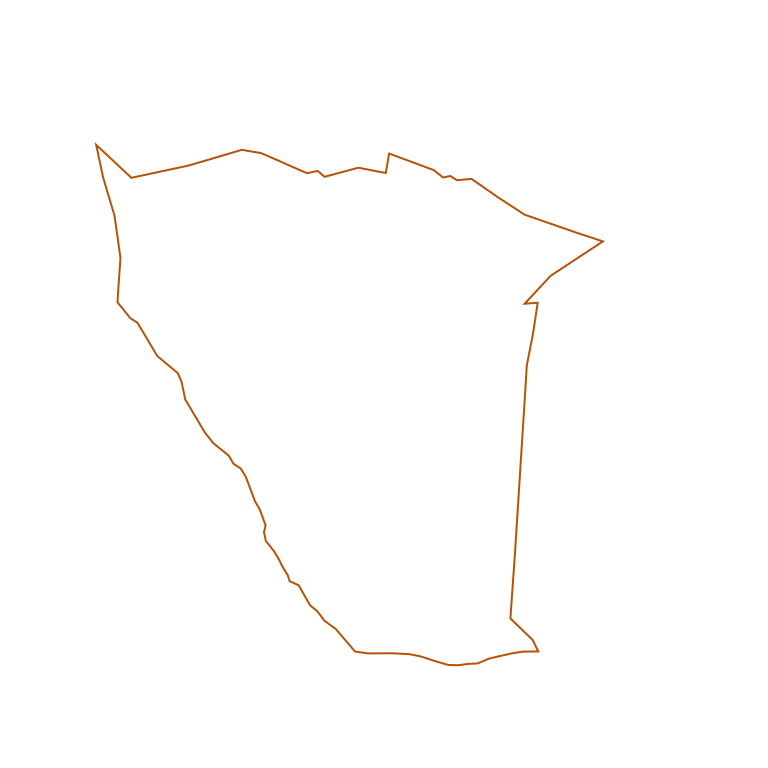 the district of Guaymallén, Mendoza, Argentina, rotated 258°
{"feature_id": "61730980B57963533011884", "entity_name": "Guaymallén", "entity_type": "district", "adm_level": 2, "iso_a3": "ARG", "parent_name": "Argentina", "parent_adm1": "Mendoza", "projection": "albers", "projection_center": [-68.746, -32.899], "detail": "fine", "context": "isolated", "style": "outline", "palette": "amber", "viewbox_px": 768, "rotation_deg": 258, "n_neighbors": 0, "source": "geoboundaries", "source_scale": "gbopen_adm2", "svg_char_len": 1141}
<svg xmlns="http://www.w3.org/2000/svg" viewBox="0 0 768 768"><g transform="rotate(258 384 384)"><path d="M528.1,142.7L519.4,140.3L501.2,149.5L495.1,155.6L476.9,161.8L458.6,168.0L443.9,179.5L437.4,184.6L428.3,186.4L410.0,186.4L391.8,192.6L373.5,198.8L361.4,204.9L346.2,217.2L337.1,220.3L331.0,226.4L321.9,229.5L296.2,233.4L287.1,236.4L270.2,238.8L264.1,235.8L255.0,235.8L242.8,241.9L234.8,244.6L227.2,246.5L216.7,250.1L210.8,250.7L204.8,258.7L182.8,265.7L175.8,271.4L164.6,276.7L154.5,285.8L143.4,291.9L128.4,300.0L123.9,312.0L118.9,336.1L114.5,352.5L110.3,362.4L106.7,368.9L102.9,375.3L95.8,388.5L93.5,398.1L92.7,408.3L91.2,417.7L93.5,429.1L93.8,439.8L93.9,454.3L93.4,464.0L90.3,479.3L102.7,476.2L128.4,458.9L192.6,477.3L348.8,521.0L372.4,527.5L402.2,540.2L431.5,551.2L433.3,538.3L455.2,569.5L478.0,627.7L492.0,603.7L520.4,556.7L542.8,534.4L566.4,512.3L568.2,497.6L573.7,492.1L573.7,484.7L582.8,477.3L608.3,436.9L590.0,429.6L600.9,403.9L599.0,369.0L606.2,363.5L606.2,352.5L635.3,312.0L642.6,293.6L638.3,237.9L638.2,179.8L677.7,152.2L644.2,152.2L604.7,155.4L562.0,152.4L528.1,142.7Z" fill="none" stroke="#b45309" stroke-width="2"/></g></svg>